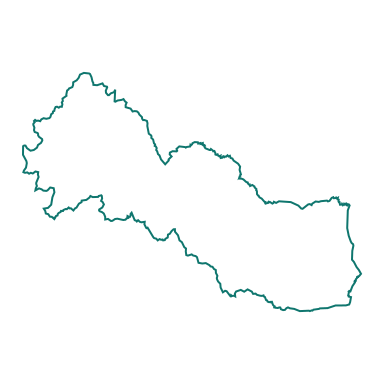 outline of Tha Chang, Surat Thani, Thailand
{"feature_id": "78962969B72176569689824", "entity_name": "Tha Chang", "entity_type": "district", "adm_level": 2, "iso_a3": "THA", "parent_name": "Thailand", "parent_adm1": "Surat Thani", "projection": "natural_earth1", "projection_center": [98.956, 9.358], "detail": "fine", "context": "isolated", "style": "outline", "palette": "teal", "viewbox_px": 384, "rotation_deg": 0, "n_neighbors": 0, "source": "geoboundaries", "source_scale": "gbopen_adm2", "svg_char_len": 5960}
<svg xmlns="http://www.w3.org/2000/svg" viewBox="0 0 384 384"><path d="M115.2,89.7L114.0,92.2L110.9,93.3L109.0,95.1L107.9,95.1L106.0,92.8L105.8,90.7L107.2,87.3L107.0,86.7L104.0,86.0L102.5,83.4L97.2,85.2L93.4,84.9L93.2,82.6L92.5,81.6L91.5,77.2L90.0,74.0L89.2,73.5L83.9,72.9L80.0,74.6L78.7,77.8L76.7,80.3L73.2,82.3L73.1,85.0L72.3,87.1L69.0,88.5L68.4,89.6L67.1,90.5L66.3,94.7L66.5,95.8L62.5,98.6L62.8,101.1L61.8,102.4L62.4,104.2L61.8,106.8L60.2,106.6L58.8,107.7L57.0,106.7L55.6,107.0L54.6,109.1L54.3,110.9L53.0,111.5L52.8,113.2L51.2,114.2L50.4,117.0L49.4,118.1L46.3,118.8L43.6,118.2L41.3,119.4L40.2,121.2L38.1,120.6L36.5,120.9L35.1,119.9L34.0,121.0L34.7,122.2L33.4,123.7L33.3,124.8L34.4,127.6L34.0,130.1L34.7,132.0L37.6,133.0L38.1,134.0L38.1,135.3L39.0,136.8L42.1,139.1L42.3,140.5L41.0,142.9L38.0,145.0L37.0,147.6L33.8,150.0L30.5,150.7L27.0,148.2L25.5,145.6L24.2,145.5L23.1,146.2L23.0,154.8L26.4,161.1L26.8,163.1L26.0,167.6L23.9,170.6L23.4,172.2L25.0,172.8L27.3,172.4L29.1,173.7L30.8,172.8L32.8,173.5L35.4,171.5L38.2,172.1L37.9,174.5L38.6,177.0L36.3,182.6L36.2,183.9L36.9,186.0L35.8,188.3L35.4,190.4L39.0,188.4L41.6,189.3L43.3,190.6L46.3,190.9L47.5,190.4L50.2,187.5L53.7,188.2L54.4,192.3L52.4,197.3L51.2,204.7L48.0,207.9L43.8,208.6L45.3,211.1L45.8,213.5L48.3,214.2L49.9,216.7L51.8,216.8L54.3,219.1L55.0,218.0L54.8,217.5L55.3,217.4L56.0,216.0L57.5,215.5L57.8,214.0L58.6,213.0L60.6,212.0L61.0,210.9L63.0,211.0L63.4,210.0L65.7,209.0L66.8,209.2L68.7,207.5L69.5,208.4L70.9,208.3L73.4,210.5L75.0,208.4L76.5,207.6L78.9,203.7L81.5,202.2L81.7,200.6L86.4,199.9L89.5,197.5L90.4,196.0L92.7,197.1L98.1,196.9L98.7,196.0L101.3,195.3L101.8,195.9L102.1,198.6L101.1,200.9L102.6,202.0L103.9,204.4L102.3,207.5L99.2,209.5L99.1,210.5L99.6,211.2L102.0,212.1L103.8,213.5L105.2,216.8L105.2,219.5L108.0,218.9L111.0,221.0L112.4,220.8L115.1,219.0L117.4,218.7L123.3,220.0L125.5,219.7L126.5,218.5L128.4,217.9L128.5,217.3L127.4,216.8L127.5,216.0L129.1,216.9L130.0,216.8L130.6,215.4L130.6,213.9L131.6,212.7L134.7,220.2L135.9,220.5L136.8,221.5L138.1,220.2L139.8,221.8L141.4,222.3L144.7,221.8L144.4,224.3L146.2,227.9L146.8,228.2L147.6,227.7L153.3,237.2L154.1,238.1L156.3,238.7L157.7,240.4L159.6,239.1L161.2,239.8L162.6,239.5L163.1,240.4L164.8,240.1L165.4,238.8L167.7,237.5L168.0,234.6L169.8,233.8L171.5,231.2L173.5,229.3L174.9,229.2L175.0,231.7L178.0,235.3L179.5,240.4L181.9,242.2L184.3,247.2L186.0,248.5L185.8,251.6L186.3,255.1L187.9,255.6L191.7,254.4L193.1,255.5L195.7,256.1L197.0,257.2L198.5,262.8L202.3,263.5L205.8,263.1L209.5,265.2L210.5,266.4L212.5,266.8L214.0,269.0L215.8,270.0L215.9,272.9L217.4,275.8L216.8,278.1L217.1,279.4L218.1,281.5L220.3,283.8L220.6,287.5L222.9,292.3L225.1,290.8L226.6,291.2L230.5,296.3L231.0,296.3L231.2,295.3L231.9,296.0L234.0,295.7L235.2,296.4L234.9,293.5L236.1,291.5L240.8,289.9L244.2,291.7L247.6,289.4L251.8,291.6L253.1,293.9L255.6,293.6L256.9,294.8L260.1,295.7L262.0,295.9L263.5,295.4L263.9,296.5L264.9,297.0L266.1,300.1L267.1,300.4L267.6,301.6L269.1,302.2L270.9,301.8L271.2,302.4L272.0,302.0L272.9,304.8L274.4,306.4L274.3,306.9L274.8,306.7L275.1,307.7L277.9,308.0L279.2,307.4L280.3,307.5L280.9,309.2L283.1,310.1L284.9,309.9L286.4,308.2L288.0,307.4L289.9,308.3L294.2,308.9L299.8,311.1L309.0,310.7L309.9,311.1L311.6,310.4L312.5,310.6L313.4,309.7L319.0,308.9L319.8,308.4L327.6,308.1L335.5,305.5L345.9,305.4L349.2,304.5L350.1,302.2L351.0,297.1L348.8,296.6L348.8,295.7L348.2,295.5L348.9,292.3L348.6,291.6L349.3,290.9L350.4,291.4L352.4,286.2L354.9,282.5L354.5,281.8L354.7,281.1L355.2,281.4L355.8,280.9L355.9,279.2L357.0,278.0L357.0,277.2L358.0,277.1L357.9,276.5L359.2,276.0L361.0,273.8L358.8,269.9L356.6,267.1L353.9,261.9L352.0,259.7L352.3,250.8L353.4,245.7L353.1,244.2L351.7,243.1L350.8,241.5L348.7,235.7L347.2,228.1L347.8,210.4L349.6,205.4L348.7,204.3L347.9,204.4L347.2,205.5L346.6,205.2L346.7,203.7L346.2,203.4L345.3,204.3L344.2,203.7L343.9,204.8L343.2,204.5L342.8,205.1L342.0,203.9L341.7,204.6L340.0,204.7L339.5,202.1L338.9,202.2L338.5,201.5L338.7,199.7L337.5,199.3L337.8,197.9L337.3,198.2L336.4,197.6L336.3,198.0L333.8,198.2L333.3,197.2L331.7,197.9L329.5,200.9L327.9,201.4L327.0,200.6L320.9,201.2L318.8,201.9L315.6,201.5L312.2,203.7L311.6,205.1L309.8,204.1L308.2,204.4L302.6,208.8L301.2,208.5L298.4,205.6L290.8,202.1L279.0,201.3L276.1,202.9L273.9,201.8L273.4,203.0L272.4,203.6L269.8,201.9L268.7,202.6L268.4,202.0L267.5,203.0L265.5,203.6L265.1,202.9L265.4,202.0L264.4,201.7L261.7,198.6L259.4,197.3L258.6,195.7L258.1,195.6L257.0,194.1L256.9,191.1L256.2,190.3L256.4,189.1L254.6,187.4L254.5,186.5L252.3,185.0L250.1,186.0L249.7,184.5L249.2,184.7L247.8,183.4L247.8,182.5L246.1,181.9L243.4,179.4L240.8,178.4L240.1,178.7L239.5,177.7L239.2,177.9L239.7,176.3L240.3,176.0L240.3,174.8L240.9,174.4L239.6,169.9L240.1,166.6L238.1,163.7L233.6,160.6L232.4,158.5L230.6,158.0L229.9,155.8L228.5,156.5L227.5,155.3L226.0,156.7L225.2,156.5L224.4,157.1L224.1,156.5L223.3,156.2L222.4,157.7L220.8,158.0L220.8,156.9L220.0,156.7L220.4,155.7L219.2,156.1L218.2,155.7L217.6,154.3L216.3,154.9L215.4,154.5L215.4,153.2L214.4,151.0L213.2,151.3L212.9,150.6L210.9,149.0L210.3,150.0L209.6,150.0L205.4,148.3L204.5,146.9L204.4,145.7L204.8,145.6L204.5,145.1L203.5,145.5L202.0,144.4L202.9,143.9L202.8,143.0L200.5,143.9L200.4,143.0L198.2,143.6L197.9,142.3L194.7,142.1L192.5,143.2L192.1,144.3L190.8,145.5L190.4,145.0L190.1,146.5L186.6,147.0L185.8,147.6L185.2,147.1L179.3,146.4L176.5,148.9L177.2,150.8L176.6,151.4L172.6,151.2L169.9,152.6L169.7,154.4L171.6,156.5L168.6,159.4L168.7,160.5L165.2,164.3L161.0,159.4L159.5,155.4L158.0,154.1L157.2,151.3L156.2,150.0L156.7,148.1L155.8,146.4L154.7,145.9L155.1,144.4L154.0,143.3L153.1,139.5L151.3,137.9L151.5,136.2L151.0,135.3L148.8,133.7L147.3,126.0L147.5,123.2L146.9,120.9L144.3,120.0L143.1,120.1L142.1,118.7L142.0,117.2L139.3,114.5L138.4,112.6L136.8,111.3L134.4,111.1L132.6,111.5L130.6,108.6L125.7,107.2L125.6,105.1L126.6,102.6L125.0,101.4L123.5,99.1L121.6,99.9L117.6,100.5L115.4,101.7L114.6,101.4L115.2,89.7Z" fill="none" stroke="#0f766e" stroke-width="2"/></svg>